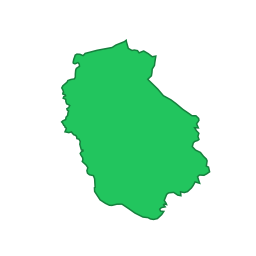 the district of Sanquin Dist #2, Sinoe, Liberia, rotated 137°
{"feature_id": "62588387B29712288551419", "entity_name": "Sanquin Dist #2", "entity_type": "district", "adm_level": 2, "iso_a3": "LBR", "parent_name": "Liberia", "parent_adm1": "Sinoe", "projection": "albers", "projection_center": [-9.171, 5.211], "detail": "fine", "context": "isolated", "style": "filled", "palette": "green", "viewbox_px": 256, "rotation_deg": 137, "n_neighbors": 0, "source": "geoboundaries", "source_scale": "gbopen_adm2", "svg_char_len": 2367}
<svg xmlns="http://www.w3.org/2000/svg" viewBox="0 0 256 256"><g transform="rotate(137 128 128)"><path d="M193.3,107.2L195.7,104.3L196.5,99.7L197.4,94.4L195.9,88.3L194.3,84.2L192.6,82.4L188.0,79.8L184.4,76.5L184.0,75.1L182.4,68.2L180.9,61.0L177.8,52.7L174.4,48.7L173.7,46.3L172.3,44.5L171.7,43.7L168.3,41.7L162.4,41.7L158.7,42.6L160.9,45.0L160.2,47.0L157.8,47.0L154.6,45.0L154.4,47.6L153.3,47.6L152.0,45.7L151.5,47.0L150.9,50.3L145.0,53.1L142.6,52.9L138.5,49.8L137.4,45.0L135.5,42.4L133.1,45.5L130.9,42.4L127.9,40.9L122.5,40.9L119.6,41.5L115.7,42.8L113.3,38.7L112.0,41.5L110.3,45.0L107.8,44.9L104.7,41.6L101.7,40.8L98.2,40.3L95.8,44.5L96.7,46.7L92.6,50.0L92.4,50.5L91.9,51.9L92.1,55.9L91.7,60.7L93.7,65.9L93.7,70.5L91.0,72.2L90.6,72.5L88.5,72.7L85.6,71.4L83.9,71.2L82.6,74.2L79.8,75.8L79.8,79.3L79.1,82.8L76.5,80.1L75.1,84.0L75.0,84.3L72.2,84.9L70.8,85.3L69.8,86.9L70.0,90.6L72.8,93.3L73.0,94.1L73.7,97.6L74.4,100.7L74.9,102.8L75.2,104.2L76.3,113.2L77.4,119.3L80.1,127.5L79.7,136.2L80.3,148.6L80.3,150.2L75.3,150.2L72.7,152.2L70.1,154.6L66.0,155.7L64.0,157.4L58.6,161.6L61.7,163.6L62.5,168.6L64.0,173.6L65.1,174.1L68.6,175.4L68.3,178.1L70.2,180.7L72.2,182.0L73.5,186.0L70.5,191.9L69.5,193.4L71.7,193.6L80.2,196.9L84.7,197.7L97.6,205.9L108.5,211.8L109.8,211.6L111.5,211.6L112.9,214.7L115.0,216.9L116.9,217.3L118.7,216.3L120.7,215.3L123.3,213.5L123.8,212.6L123.0,211.1L120.0,210.0L120.0,208.0L120.3,207.7L121.4,206.2L125.1,206.8L126.8,206.0L129.6,203.5L132.0,201.0L133.8,200.5L136.6,202.4L139.6,203.7L141.4,203.1L144.3,203.2L146.9,203.3L149.1,202.5L149.4,201.3L149.8,200.0L150.7,198.1L151.9,198.0L152.5,197.0L151.3,195.4L151.7,194.1L153.5,194.7L155.1,194.0L154.0,191.4L155.4,189.7L156.4,187.5L155.6,185.6L155.3,184.1L157.5,183.4L159.6,183.8L160.2,182.6L159.9,181.0L161.7,179.9L163.7,178.3L165.9,178.2L167.8,176.7L170.9,177.7L172.4,177.7L172.4,176.2L173.1,174.0L172.9,172.5L173.6,171.4L173.2,170.2L173.7,169.5L176.7,168.2L175.3,166.2L174.5,165.0L172.0,163.7L172.2,162.6L172.3,160.2L171.3,158.2L171.5,156.7L172.6,155.1L171.5,153.3L172.1,150.7L174.3,149.0L175.5,146.8L177.1,143.7L176.0,142.8L176.5,141.9L178.3,142.4L180.3,142.0L180.8,140.7L181.0,139.9L181.4,137.4L181.7,136.9L182.6,135.6L184.3,134.7L183.9,129.4L184.4,126.4L187.2,124.8L188.4,122.6L188.1,120.1L185.8,116.8L187.0,113.7L192.5,107.0L193.3,107.2Z" fill="#22c55e" stroke="#15803d" stroke-width="1.5"/></g></svg>